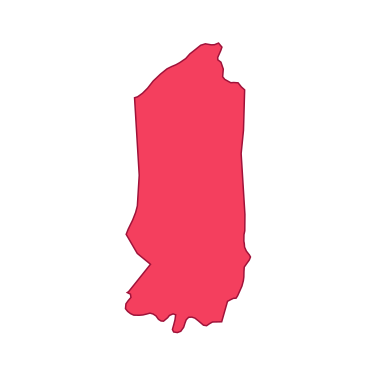 Serian, Sarawak, Malaysia (Equal Earth projection), rotated 38°
{"feature_id": "92858781B75054597710860", "entity_name": "Serian", "entity_type": "district", "adm_level": 2, "iso_a3": "MYS", "parent_name": "Malaysia", "parent_adm1": "Sarawak", "projection": "equal_earth", "projection_center": [110.645, 1.147], "detail": "fine", "context": "isolated", "style": "filled", "palette": "rose", "viewbox_px": 384, "rotation_deg": 38, "n_neighbors": 0, "source": "geoboundaries", "source_scale": "gbopen_adm2", "svg_char_len": 1399}
<svg xmlns="http://www.w3.org/2000/svg" viewBox="0 0 384 384"><g transform="rotate(38 192 192)"><path d="M88.7,153.1L140.1,211.3L157.5,236.6L160.2,242.9L162.5,250.6L164.6,260.5L166.2,265.9L186.7,274.1L203.8,274.5L203.4,309.5L202.9,311.1L206.4,310.4L208.8,312.7L208.6,316.8L208.8,320.8L211.4,324.9L214.8,325.7L218.4,325.7L221.9,324.9L226.2,321.7L229.0,319.1L231.3,316.2L233.5,313.3L236.5,312.1L239.9,311.8L244.0,313.0L247.0,312.7L249.1,311.3L250.2,306.1L250.2,303.2L252.1,299.7L254.7,298.8L257.3,303.2L259.2,307.5L261.2,312.4L263.7,313.6L267.0,311.8L268.9,308.7L268.7,303.7L267.2,299.7L266.1,296.2L266.5,292.8L268.9,290.7L271.9,289.6L276.2,289.6L283.0,289.9L285.8,288.4L286.9,284.9L288.2,281.8L295.3,276.0L287.3,256.3L288.8,252.9L290.1,250.3L292.1,248.5L291.8,245.6L290.6,240.7L289.3,235.5L287.1,230.3L285.2,227.1L282.0,222.8L279.4,219.0L279.2,215.3L279.0,210.3L278.1,207.2L276.0,206.3L271.2,205.1L267.4,203.1L265.0,200.5L263.1,198.8L259.2,193.6L257.5,190.1L247.6,177.2L207.1,131.5L194.6,111.7L170.6,79.1L166.1,78.8L161.1,77.6L157.5,80.0L155.3,82.0L148.5,83.1L145.2,82.3L141.0,75.9L134.9,71.9L130.9,71.9L129.4,70.1L127.6,62.9L126.4,59.4L121.2,58.3L119.1,62.0L116.7,64.1L111.3,67.0L108.5,71.0L106.2,80.8L105.3,84.3L104.9,90.7L102.7,97.6L101.0,101.6L98.7,105.7L96.5,110.3L94.6,118.4L93.1,128.5L93.1,137.5L92.2,144.7L90.5,150.5L88.7,153.1Z" fill="#f43f5e" stroke="#9f1239" stroke-width="1.5"/></g></svg>